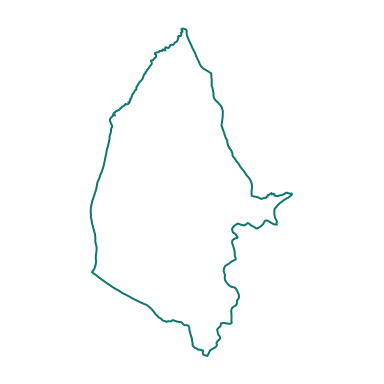 the district of Preah Sdach, Prey Vêng, Cambodia, rotated 184°
{"feature_id": "14789045B92288300467982", "entity_name": "Preah Sdach", "entity_type": "district", "adm_level": 2, "iso_a3": "KHM", "parent_name": "Cambodia", "parent_adm1": "Prey Vêng", "projection": "mercator", "projection_center": [105.359, 11.079], "detail": "fine", "context": "isolated", "style": "outline", "palette": "teal", "viewbox_px": 384, "rotation_deg": 184, "n_neighbors": 0, "source": "geoboundaries", "source_scale": "gbopen_adm2", "svg_char_len": 6034}
<svg xmlns="http://www.w3.org/2000/svg" viewBox="0 0 384 384"><g transform="rotate(184 192 192)"><path d="M165.2,29.6L164.0,32.4L163.8,33.0L162.8,35.4L160.4,37.1L158.3,38.4L157.0,39.6L156.5,41.0L157.1,43.2L155.9,45.3L154.6,46.6L153.7,48.0L154.3,49.9L155.9,51.7L156.3,52.9L157.3,56.4L156.7,57.5L155.8,58.6L154.3,60.0L154.0,61.5L153.9,62.9L151.1,63.6L147.5,63.2L144.4,63.2L143.2,64.4L143.7,65.9L143.7,67.1L143.8,69.6L144.1,72.8L144.5,75.3L144.5,77.4L143.8,79.3L142.1,80.8L140.4,81.8L139.5,83.4L139.5,85.1L139.5,86.9L138.2,88.8L137.8,90.4L138.1,92.7L139.0,94.5L139.9,96.2L141.2,98.3L141.6,98.8L142.7,99.7L143.4,99.7L144.9,100.0L146.1,100.1L147.3,100.8L148.7,101.6L149.9,102.7L151.3,104.2L152.5,105.8L153.2,107.4L153.4,109.0L153.3,111.2L153.8,112.7L154.8,115.1L154.9,116.7L154.6,118.6L153.7,120.4L152.7,121.3L151.2,122.4L150.2,123.0L148.9,124.3L147.5,125.5L146.3,126.3L144.9,127.1L143.9,127.7L143.8,128.5L144.1,130.0L144.8,131.1L145.0,132.8L145.1,134.4L145.6,136.6L146.2,138.4L146.6,139.6L147.3,141.4L148.2,143.2L148.6,145.1L148.2,146.8L147.0,147.9L145.5,148.7L143.6,149.2L143.4,150.1L144.1,150.8L145.6,152.9L146.3,153.5L147.2,153.9L148.4,154.5L149.0,156.3L149.4,157.5L149.4,158.3L148.8,159.3L148.1,160.5L145.2,163.1L143.8,163.7L141.5,162.9L137.6,162.3L136.8,162.6L135.7,163.5L134.4,164.8L132.9,164.5L130.8,162.8L128.3,161.8L125.3,160.1L123.7,160.7L121.8,161.9L120.4,163.2L118.7,164.9L118.2,166.5L117.0,168.5L115.4,168.9L113.9,168.4L110.9,166.8L108.5,165.7L106.8,165.3L106.0,165.6L105.2,165.6L105.5,166.6L105.4,167.1L105.5,168.1L105.4,168.8L105.6,169.5L106.8,171.0L107.5,172.5L108.0,174.2L108.3,175.6L108.5,178.8L108.6,179.9L108.5,180.8L106.9,183.0L105.7,184.5L103.7,186.9L99.7,190.4L97.3,192.1L95.4,193.2L93.9,194.5L92.3,196.3L92.2,197.0L92.6,197.4L93.5,197.2L95.8,197.4L96.6,197.8L97.9,197.9L98.7,197.3L100.4,196.1L102.1,195.2L103.6,194.9L104.9,194.5L105.9,193.9L107.1,193.8L108.5,194.0L109.5,194.1L109.7,195.5L110.6,196.0L112.1,195.3L112.7,196.3L113.4,195.9L114.7,194.7L115.9,194.3L116.4,193.5L116.3,192.9L117.2,192.3L117.6,191.5L120.0,190.9L121.1,190.4L122.3,190.0L123.3,190.2L125.7,191.3L127.9,191.7L129.5,191.8L131.4,192.1L132.1,192.4L132.5,194.4L132.6,197.8L132.5,201.2L132.9,204.2L134.3,207.4L136.4,210.3L139.2,213.0L141.8,216.5L144.4,219.3L145.4,220.4L146.3,221.5L147.3,223.2L149.1,225.1L150.4,226.7L152.0,228.8L153.2,230.0L154.0,231.0L154.3,232.0L154.3,233.3L155.1,235.0L156.2,236.8L157.0,237.7L157.9,238.4L157.8,239.1L158.6,239.6L158.9,240.3L159.3,241.2L159.8,242.6L160.3,244.4L160.5,245.8L161.1,246.8L161.9,247.9L163.4,251.2L164.1,253.4L164.7,254.6L165.4,256.2L167.2,260.7L167.1,262.6L166.7,267.3L166.7,270.5L166.9,274.8L168.2,278.6L170.0,280.8L172.1,282.8L174.6,284.8L176.3,286.7L177.2,289.3L177.5,292.0L178.1,294.8L179.0,297.7L179.9,299.8L179.9,301.7L180.1,304.8L180.6,307.4L180.8,309.1L181.0,311.0L181.3,311.8L183.1,312.8L186.4,314.5L189.1,315.8L190.3,316.7L191.6,317.9L192.8,319.6L195.4,324.4L196.9,327.0L198.0,329.4L199.6,332.5L201.3,335.1L203.6,339.5L206.0,343.7L207.1,345.9L208.0,348.2L208.4,349.8L208.6,351.3L208.5,352.0L208.7,352.8L209.4,353.5L210.0,353.9L212.0,354.4L213.4,354.2L213.9,353.7L213.7,352.8L212.8,352.0L212.7,351.2L213.6,350.8L214.1,350.2L213.8,349.6L213.6,348.1L214.2,346.8L215.1,346.7L216.1,346.8L216.7,346.3L216.4,345.3L216.5,344.1L217.0,342.4L217.8,340.9L218.5,340.4L219.5,340.0L219.8,339.3L220.3,338.4L221.1,337.5L221.9,337.4L223.1,337.5L223.9,337.0L224.4,335.5L225.3,334.2L226.1,333.9L227.2,334.3L228.5,334.5L228.9,333.4L228.6,331.5L229.3,331.4L230.3,331.8L231.0,332.1L231.3,331.7L231.6,330.7L232.0,330.5L233.2,330.6L234.0,330.5L235.0,329.2L236.0,328.9L237.3,328.7L238.2,328.2L238.7,327.7L238.8,327.1L238.0,326.7L237.3,326.1L237.4,324.6L237.7,323.7L239.4,322.1L240.0,320.9L241.8,320.3L242.0,319.8L241.5,319.0L241.1,318.0L241.1,317.1L241.5,316.3L242.0,315.6L242.8,314.4L243.3,313.4L245.2,310.6L245.9,309.1L246.6,308.4L246.7,307.1L247.5,306.7L247.7,306.2L248.1,305.4L248.6,303.9L249.2,301.6L250.1,300.1L251.4,298.7L252.7,296.9L253.8,294.3L254.4,293.5L254.8,292.5L254.7,291.5L254.7,290.7L254.9,290.1L256.0,289.5L256.4,288.3L257.0,286.9L258.1,285.3L258.5,284.5L258.6,283.7L259.0,282.5L259.3,281.0L260.2,280.4L259.9,279.4L260.5,278.5L260.4,277.8L260.6,277.0L261.5,276.9L261.2,276.1L262.0,275.3L263.6,274.8L264.5,275.1L264.8,274.5L265.3,274.1L266.0,273.2L267.6,272.3L268.4,271.1L269.4,270.5L269.8,269.4L271.4,268.3L272.5,267.6L273.4,267.3L274.1,266.5L275.2,265.7L274.5,263.2L275.1,263.3L276.1,263.6L276.1,262.8L277.0,261.6L278.4,259.9L278.9,258.6L278.8,257.4L277.8,255.0L276.4,252.7L276.2,251.3L277.0,250.0L277.1,248.7L277.0,247.0L277.2,245.4L277.8,243.7L278.1,242.0L278.0,239.8L278.1,237.8L279.0,232.2L279.9,228.2L280.3,223.8L280.9,219.9L281.4,215.7L282.0,211.9L282.7,208.7L283.6,205.4L284.6,202.8L285.5,199.2L286.4,196.8L287.1,194.5L287.6,189.0L288.2,186.3L289.1,182.7L290.0,179.3L290.9,175.8L291.8,169.1L291.7,165.8L291.2,161.8L291.0,160.6L291.2,159.9L290.3,157.2L289.5,153.8L287.4,147.5L285.9,143.4L285.3,140.2L285.1,136.9L284.7,134.5L283.8,131.9L283.2,129.5L283.2,125.0L283.4,123.4L283.4,120.2L283.3,118.3L282.9,116.6L282.8,114.9L283.2,112.2L283.9,108.9L285.3,106.4L286.1,105.1L284.2,103.7L282.7,102.9L281.1,101.9L279.1,100.4L275.6,98.2L269.4,94.4L267.8,93.6L265.9,92.4L262.1,90.3L257.5,88.2L255.2,86.8L252.8,85.7L250.8,84.9L246.5,83.0L244.2,81.8L235.1,78.1L231.7,76.9L230.0,76.4L229.2,76.0L226.7,74.4L224.9,73.0L223.4,71.7L219.4,67.2L218.2,66.3L216.4,64.5L215.3,64.1L214.0,63.4L212.5,62.0L211.5,61.6L210.5,61.5L209.4,61.1L208.4,60.8L206.6,61.5L205.9,61.4L204.7,61.4L203.6,61.7L202.5,62.8L200.9,62.6L200.1,62.3L198.5,61.9L197.5,61.6L195.8,61.4L195.0,61.5L193.9,61.5L192.9,60.9L192.0,59.9L191.2,59.2L189.8,58.5L187.8,58.9L186.2,58.3L185.2,56.4L184.9,53.8L184.3,52.3L183.7,50.3L182.9,48.3L182.1,46.3L181.8,45.3L181.5,43.3L181.0,42.2L180.8,40.0L180.5,38.6L178.7,37.1L177.7,36.5L176.9,36.4L175.5,35.5L174.3,35.1L173.3,35.2L171.9,35.1L170.7,34.7L170.1,34.7L169.8,34.1L170.0,33.1L170.0,32.3L169.8,31.4L169.2,30.5L167.8,30.0L166.0,29.8L165.2,29.6Z" fill="none" stroke="#0f766e" stroke-width="2"/></g></svg>